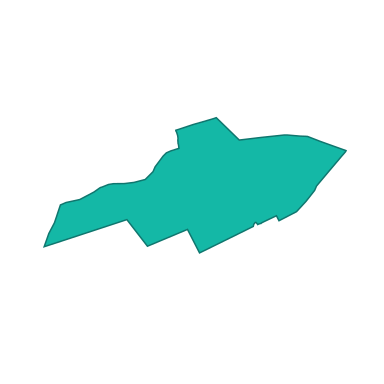 Barbar, River Nile, Sudan, rotated 335°
{"feature_id": "16777658B59808076214537", "entity_name": "Barbar", "entity_type": "district", "adm_level": 2, "iso_a3": "SDN", "parent_name": "Sudan", "parent_adm1": "River Nile", "projection": "mercator", "projection_center": [33.64, 18.168], "detail": "fine", "context": "isolated", "style": "filled", "palette": "teal", "viewbox_px": 384, "rotation_deg": 335, "n_neighbors": 0, "source": "geoboundaries", "source_scale": "gbopen_adm2", "svg_char_len": 1152}
<svg xmlns="http://www.w3.org/2000/svg" viewBox="0 0 384 384"><g transform="rotate(335 192 192)"><path d="M111.5,149.3L110.3,149.3L103.1,150.6L87.1,151.4L83.5,150.6L73.4,148.3L69.4,148.2L67.3,148.1L61.7,154.0L58.8,157.1L56.3,159.7L54.4,161.7L54.3,161.8L44.7,169.1L41.2,172.7L34.9,179.1L36.4,179.3L53.6,181.4L121.3,189.5L128.7,222.3L172.1,224.0L173.1,250.4L215.4,249.5L233.0,249.1L234.3,247.4L236.5,246.3L237.2,246.7L237.6,248.2L237.8,249.3L238.8,249.2L240.0,249.4L240.5,249.4L241.1,249.7L242.0,249.4L245.0,249.3L258.5,249.2L258.7,254.8L278.4,254.0L286.9,250.5L291.3,248.7L303.8,242.4L307.4,239.2L325.0,231.0L343.2,222.6L345.5,221.6L348.3,220.3L349.1,219.6L329.8,200.5L320.2,190.5L318.6,189.6L313.9,187.2L302.4,180.6L299.6,179.3L277.8,171.8L256.8,164.9L245.4,134.9L242.6,134.6L240.4,134.3L221.3,131.3L220.3,131.2L203.4,129.2L203.2,130.0L203.3,131.4L202.8,135.0L202.0,137.5L201.1,139.0L199.8,142.4L199.8,143.1L199.4,144.4L199.2,145.1L198.6,146.9L190.3,145.8L185.3,145.7L180.9,147.3L169.2,153.6L165.3,157.1L154.9,160.9L143.5,158.8L134.3,155.8L124.4,151.3L119.5,149.9L112.3,149.5L111.5,149.3Z" fill="#14b8a6" stroke="#0f766e" stroke-width="1.5"/></g></svg>